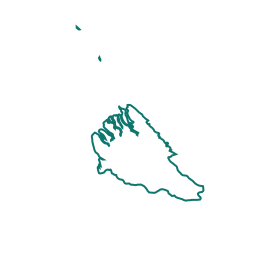 the Division of Ayeyarwady, rotated 125°
{"feature_id": "MMR-3275", "entity_name": "Ayeyarwady", "entity_type": "Division", "adm_level": 1, "iso_a3": "MMR", "parent_name": "Myanmar", "parent_adm1": "", "projection": "robinson", "projection_center": [94.965, 16.268], "detail": "fine", "context": "isolated", "style": "outline", "palette": "teal", "viewbox_px": 256, "rotation_deg": 125, "n_neighbors": 0, "source": "natural_earth", "source_scale": "10m", "svg_char_len": 5991}
<svg xmlns="http://www.w3.org/2000/svg" viewBox="0 0 256 256"><g transform="rotate(125 128 128)"><path d="M179.5,123.0L181.4,124.9L181.5,126.1L179.5,128.5L178.0,130.0L177.3,130.3L176.5,130.2L176.5,129.9L176.8,129.3L176.9,128.5L176.2,129.1L175.7,129.9L175.1,130.6L174.2,130.7L174.4,129.1L171.6,132.2L170.8,133.6L169.9,133.8L169.1,133.6L168.7,133.0L168.5,131.3L168.3,130.5L167.9,130.0L168.2,134.4L167.9,135.3L166.8,137.2L166.5,138.0L166.5,140.1L166.4,140.7L165.5,142.5L159.9,149.1L157.5,151.0L156.3,152.3L155.6,152.8L154.9,153.1L154.0,153.1L151.5,152.7L150.8,152.5L150.6,152.0L150.4,147.5L150.7,147.1L151.1,146.9L151.6,146.2L151.8,145.4L151.6,144.7L152.6,143.7L153.2,142.4L153.6,140.9L153.8,139.4L153.8,138.4L153.0,136.3L152.8,135.4L153.3,134.3L153.5,133.4L153.2,133.4L152.6,134.3L152.2,134.7L152.1,135.3L152.3,136.0L152.9,137.4L153.0,138.3L152.9,140.3L152.7,140.9L151.5,142.6L150.9,144.6L150.0,145.8L149.1,146.2L148.6,145.0L148.9,144.0L149.6,142.9L150.1,141.5L150.0,140.0L148.6,142.4L148.0,143.9L147.8,145.4L148.1,148.8L147.6,149.9L146.0,150.3L144.9,149.7L144.1,148.5L143.8,146.7L143.7,145.0L144.6,139.9L144.3,138.4L143.4,140.9L143.0,139.0L143.5,137.1L144.6,135.6L146.0,135.0L147.4,135.1L147.8,135.0L148.1,134.7L146.8,134.3L146.6,133.9L146.4,133.8L145.0,134.2L144.8,134.0L144.5,133.4L144.3,133.4L144.0,134.2L142.9,135.9L141.9,136.8L141.8,138.0L142.1,140.3L142.0,141.5L141.3,147.2L141.0,148.3L140.5,149.0L139.1,149.5L138.6,150.5L138.2,150.9L136.7,150.9L135.3,150.3L133.5,150.0L133.1,149.7L133.5,148.9L134.8,148.0L135.1,147.5L135.0,147.1L134.7,146.3L134.5,146.2L133.8,147.3L133.3,147.4L133.1,146.4L133.2,144.9L133.1,144.3L132.6,143.0L132.6,142.5L132.8,141.9L133.7,140.5L134.1,140.3L134.8,140.2L135.5,139.9L136.0,139.3L136.1,138.4L134.8,139.4L134.6,138.5L134.4,136.5L133.7,135.1L133.7,134.4L133.9,133.7L134.7,132.4L135.2,131.8L135.9,131.4L137.5,131.0L138.2,130.4L138.6,129.6L138.8,128.8L137.8,130.2L136.9,130.3L136.2,130.7L135.3,130.7L134.9,130.8L133.8,132.5L133.4,132.9L133.2,133.8L133.1,135.8L133.8,137.9L134.0,138.3L133.0,140.2L130.7,141.9L130.2,142.7L129.0,145.6L128.1,146.7L127.4,147.1L126.6,147.1L125.6,146.8L125.2,146.1L125.1,145.3L124.7,144.3L124.6,145.2L124.2,145.1L123.7,144.5L123.3,143.7L127.4,141.0L128.5,139.4L128.9,137.1L129.9,135.9L130.1,135.1L130.1,134.2L130.9,133.5L131.0,132.8L130.2,133.3L129.9,133.8L129.3,135.3L128.3,137.3L127.5,139.2L126.1,140.3L123.9,142.7L122.9,143.3L122.0,143.1L121.8,141.9L122.8,140.3L125.0,138.1L125.8,136.5L126.4,134.7L126.7,132.7L126.6,130.7L126.0,129.2L125.9,128.5L126.7,126.9L127.5,124.1L127.7,123.8L128.1,123.7L128.5,123.8L128.5,123.5L128.1,123.0L127.5,118.7L127.5,118.2L127.7,117.6L128.5,117.0L128.5,116.3L127.2,117.1L126.6,117.0L126.3,116.0L126.1,117.0L126.6,121.0L126.6,123.6L126.4,124.3L125.5,125.5L125.0,127.3L124.4,128.4L123.6,129.1L122.7,129.4L122.6,129.1L123.9,127.2L124.7,125.3L124.5,124.5L124.0,124.6L123.6,125.4L123.2,126.8L122.6,127.7L122.3,127.8L121.8,127.7L120.9,126.9L120.2,126.8L119.9,127.1L120.1,128.9L120.0,130.0L119.6,131.6L117.6,135.4L116.5,136.8L115.2,137.5L114.4,137.6L113.8,137.9L113.4,138.6L113.3,139.8L113.0,140.3L112.2,140.6L111.4,140.6L110.9,140.3L110.0,141.3L109.5,141.6L109.0,141.2L108.0,139.5L107.8,138.9L107.8,138.2L108.0,133.0L108.9,127.8L108.8,124.3L109.0,123.8L109.8,122.6L110.3,119.0L110.2,116.2L110.3,115.7L111.8,116.2L112.6,116.2L113.0,115.3L113.4,113.9L113.2,113.3L112.5,112.9L112.5,112.6L113.5,112.1L113.9,111.3L114.0,108.3L114.6,105.9L115.3,104.9L115.5,104.4L115.4,102.4L115.2,101.7L114.7,100.6L114.6,99.9L114.7,99.2L115.0,99.0L115.9,99.3L116.3,99.2L116.8,98.8L117.9,97.0L117.1,97.0L117.5,96.3L117.7,95.5L117.7,92.0L117.8,91.6L118.5,90.5L118.9,89.1L118.8,88.3L117.7,87.8L117.5,87.2L117.5,86.6L118.0,86.2L119.8,87.1L120.9,86.2L120.9,85.8L120.7,85.4L119.8,84.9L119.7,84.3L119.8,82.3L120.1,81.7L120.7,81.6L121.2,81.3L121.2,80.2L122.2,80.6L122.7,81.0L123.1,81.5L122.4,78.5L122.0,73.7L124.8,75.8L125.5,76.3L127.1,76.5L128.7,78.0L129.0,78.1L129.4,77.9L130.8,75.2L131.2,73.6L131.3,70.2L131.5,68.5L131.5,67.2L131.6,66.4L131.9,65.6L134.0,63.1L134.5,61.6L134.8,59.2L135.3,57.7L135.3,56.1L133.7,53.1L133.5,52.0L133.5,51.3L134.2,49.4L134.2,44.7L134.9,41.1L134.8,38.6L134.4,36.7L132.7,33.1L134.6,31.4L135.6,30.6L136.6,30.3L137.8,30.6L138.8,31.5L139.6,32.4L140.6,33.0L141.7,33.0L142.5,32.2L143.1,30.3L143.1,29.2L143.5,28.5L144.2,28.0L145.2,27.9L146.9,29.7L149.9,34.0L150.3,34.4L150.5,34.8L151.5,35.7L153.2,37.9L154.3,38.9L155.1,41.3L155.1,42.3L155.4,43.2L156.9,47.8L157.1,49.5L156.7,51.3L157.7,52.1L158.4,52.9L158.5,53.2L158.3,54.9L158.3,56.7L158.2,57.4L156.9,58.9L156.9,59.8L157.3,61.8L157.9,63.6L158.6,65.0L159.6,66.0L160.2,66.4L160.9,66.5L162.2,67.2L164.8,68.3L165.8,69.0L166.6,70.2L168.7,73.8L168.2,75.8L167.1,78.4L166.5,81.1L166.5,82.4L167.1,85.4L168.1,86.3L168.5,87.1L168.8,87.6L169.7,88.3L170.7,89.4L172.0,92.1L172.5,92.6L172.8,93.3L172.8,94.9L172.9,95.3L173.2,95.8L174.0,96.7L174.8,97.8L175.0,99.1L174.1,100.9L173.7,101.9L173.7,103.0L174.7,105.2L175.0,106.5L174.8,108.2L174.2,109.7L173.8,110.2L173.3,110.5L173.7,111.4L173.9,111.6L174.1,112.3L174.1,114.2L174.4,115.1L173.9,115.9L172.5,117.4L172.1,118.4L172.5,118.9L173.2,119.3L173.4,119.8L173.5,120.4L174.1,121.2L175.0,121.7L176.0,122.0L178.0,122.1L178.6,122.3L179.0,122.8L179.5,123.0ZM125.8,130.1L126.0,132.4L125.5,134.6L124.5,136.8L122.5,139.6L122.1,139.9L121.4,140.3L119.3,141.1L118.4,141.7L118.5,142.8L118.1,143.3L117.2,144.1L116.8,144.7L117.0,145.4L116.7,146.1L115.8,147.5L115.5,147.5L115.5,147.1L116.0,146.0L115.7,144.4L114.7,141.6L114.9,140.1L116.0,139.3L117.5,138.6L118.7,137.5L120.1,134.7L121.3,133.4L123.8,130.1L125.0,129.0L125.8,130.1ZM132.1,142.6L132.4,144.0L132.9,145.7L132.7,146.3L132.0,147.7L131.4,149.4L130.3,149.6L129.1,149.3L128.2,148.7L128.2,148.4L129.0,147.8L129.6,146.9L130.4,145.0L131.5,143.3L132.1,142.6ZM75.4,224.6L75.5,226.7L75.3,227.5L74.5,228.1L74.9,224.7L75.0,224.2L75.4,224.6ZM86.5,192.0L87.0,191.4L87.3,190.6L87.7,189.9L88.5,189.5L88.5,189.8L87.7,191.4L87.1,192.0L86.5,192.0Z" fill="none" stroke="#0f766e" stroke-width="2"/></g></svg>